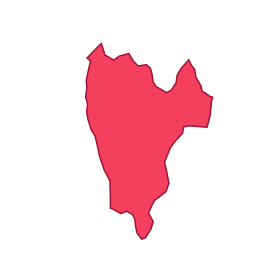 the district of Tranemo, Västra Götaland, Sweden, rotated 120°
{"feature_id": "70781695B94862964500573", "entity_name": "Tranemo", "entity_type": "district", "adm_level": 2, "iso_a3": "SWE", "parent_name": "Sweden", "parent_adm1": "Västra Götaland", "projection": "equal_earth", "projection_center": [13.442, 57.51], "detail": "fine", "context": "isolated", "style": "filled", "palette": "rose", "viewbox_px": 256, "rotation_deg": 120, "n_neighbors": 0, "source": "geoboundaries", "source_scale": "gbopen_adm2", "svg_char_len": 1011}
<svg xmlns="http://www.w3.org/2000/svg" viewBox="0 0 256 256"><g transform="rotate(120 128 128)"><path d="M206.0,101.6L205.7,96.7L205.6,91.3L200.7,87.4L200.7,81.0L203.6,76.5L209.6,72.1L214.5,67.6L217.4,60.5L214.3,58.0L204.4,57.6L196.5,59.3L191.3,67.8L178.1,69.0L171.1,66.1L164.1,63.3L155.3,65.0L150.1,69.5L144.8,74.1L139.5,79.2L123.8,81.5L115.0,80.4L105.3,78.1L99.2,80.4L95.7,76.4L91.3,67.3L87.9,60.1L87.8,59.9L75.5,63.3L63.2,69.0L59.0,70.1L59.7,72.4L58.8,82.6L55.3,85.5L50.0,94.6L43.9,99.7L42.1,104.3L38.6,109.5L50.0,111.8L57.9,111.8L64.9,108.9L73.7,109.5L78.1,112.3L78.1,124.3L75.4,129.5L69.3,134.1L64.9,138.7L64.0,143.8L69.3,150.2L67.5,156.5L63.1,164.5L70.1,171.5L76.3,174.3L76.3,184.7L72.7,188.2L68.3,193.4L78.9,196.3L87.9,198.4L88.6,194.0L96.8,191.5L107.6,188.0L113.3,184.0L122.5,180.1L127.5,174.9L134.5,172.0L139.9,167.6L144.0,163.3L148.1,158.7L151.6,152.3L159.8,144.6L166.4,138.8L176.2,127.7L182.8,117.2L197.7,108.1L206.2,103.2L206.0,101.6Z" fill="#f43f5e" stroke="#9f1239" stroke-width="1.5"/></g></svg>